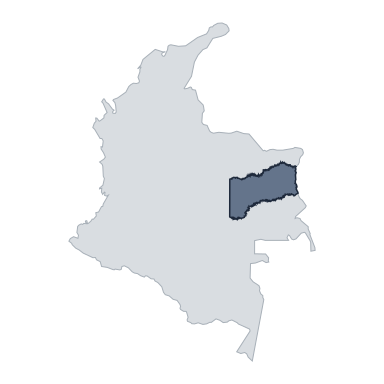 location of Cumaribo, Vichada, Colombia
{"feature_id": "7082276B31805828490385", "entity_name": "Cumaribo", "entity_type": "district", "adm_level": 2, "iso_a3": "COL", "parent_name": "Colombia", "parent_adm1": "Vichada", "projection": "orthographic", "projection_center": [-69.558, 4.15], "detail": "fine", "context": "in_parent", "style": "filled", "palette": "slate", "viewbox_px": 384, "rotation_deg": 0, "n_neighbors": 0, "source": "geoboundaries", "source_scale": "gbopen_adm2", "svg_char_len": 9581}
<svg xmlns="http://www.w3.org/2000/svg" viewBox="0 0 384 384"><path d="M225.5,34.5L221.2,36.3L212.8,38.4L206.9,47.9L202.9,49.6L198.0,55.2L194.4,62.1L191.5,76.3L184.1,88.3L184.7,88.9L187.6,88.3L190.3,87.0L191.3,87.4L192.3,89.6L195.5,90.1L198.1,99.9L203.1,104.9L203.6,106.8L204.2,110.9L202.4,113.3L201.8,122.3L203.4,124.5L207.1,125.4L209.6,131.0L211.1,132.3L213.4,133.2L218.9,132.3L228.8,133.3L231.2,133.1L236.8,131.2L243.8,133.6L249.0,134.0L263.2,150.8L264.6,150.3L266.4,151.3L270.0,149.6L273.1,149.3L277.2,150.2L282.5,150.2L293.3,148.4L294.9,147.4L300.8,148.4L302.5,149.6L303.4,152.8L302.7,154.7L300.7,156.7L299.5,159.2L299.3,162.3L298.3,164.5L296.4,166.0L295.7,168.2L296.1,171.0L295.1,183.7L295.9,184.7L296.6,190.0L299.0,196.7L300.2,198.7L302.4,200.3L306.2,205.9L305.3,207.7L295.6,216.5L295.1,218.5L296.9,217.7L300.0,218.5L301.0,220.6L308.2,226.7L308.2,229.0L310.2,233.6L309.9,234.6L314.9,247.7L315.1,250.4L310.9,251.2L310.7,242.4L310.1,240.7L305.4,232.9L304.4,232.3L301.2,233.2L296.0,238.9L293.5,239.8L291.6,239.0L289.6,235.6L288.3,234.9L287.0,237.8L288.6,240.4L265.4,240.4L260.9,239.3L254.6,240.6L254.6,253.8L265.6,254.0L268.6,257.8L268.3,260.9L268.8,262.0L266.1,262.6L262.3,260.5L255.5,263.0L250.5,263.6L250.1,278.1L253.1,281.8L259.0,285.7L259.9,288.3L259.5,290.8L260.8,293.9L262.8,295.6L262.8,297.5L263.8,299.6L252.3,361.0L248.2,357.2L246.7,353.8L244.7,352.5L240.8,353.5L236.7,351.8L250.1,331.0L249.6,329.1L238.4,324.0L237.2,322.7L231.9,320.0L228.9,320.8L227.3,322.1L223.2,322.6L219.9,320.3L216.0,318.9L211.3,322.4L209.8,322.3L206.5,323.9L202.9,324.4L198.2,322.8L194.5,323.9L191.8,323.7L190.8,322.6L187.5,321.3L187.1,319.9L188.1,317.3L186.6,312.2L186.1,311.4L183.5,311.3L180.5,309.4L180.0,308.3L180.6,306.3L180.0,304.5L177.1,300.4L173.1,299.3L169.2,295.9L165.3,294.7L163.5,292.3L161.8,286.8L157.8,282.5L155.0,281.0L154.0,279.0L151.1,278.8L147.2,276.0L145.5,275.8L144.3,277.1L140.6,275.7L137.5,273.6L134.3,273.0L132.2,271.8L128.4,267.8L124.3,265.8L121.9,266.5L121.2,269.4L119.8,269.9L115.1,269.1L114.3,269.8L113.0,269.6L107.3,267.4L101.6,266.5L100.2,261.6L96.5,259.8L95.4,257.5L92.9,257.7L83.2,253.1L79.2,250.0L75.8,248.2L72.2,244.7L71.7,243.3L68.9,241.2L70.3,238.6L73.6,236.7L77.9,238.3L78.5,235.2L76.9,232.5L77.7,226.4L78.9,225.1L81.2,223.9L82.7,224.4L83.7,223.4L87.2,223.8L88.3,223.4L91.0,221.0L92.2,219.1L93.4,219.3L96.3,216.0L95.8,212.7L98.6,212.0L101.5,206.6L102.7,206.5L103.3,203.9L108.4,195.1L106.6,196.1L104.6,195.4L105.0,192.4L104.4,192.1L102.7,194.4L101.4,192.0L101.8,188.2L99.5,188.9L99.6,188.0L102.9,185.2L104.4,178.6L103.3,176.2L102.8,166.3L102.2,164.4L99.6,162.0L103.8,159.2L105.4,157.1L103.5,152.7L101.1,149.0L101.0,146.7L102.5,147.0L103.2,140.9L101.8,138.5L100.1,138.5L94.7,129.4L92.8,127.5L94.3,123.2L96.0,121.3L95.7,118.0L96.8,118.1L99.2,121.2L100.2,120.7L103.9,117.9L104.1,115.3L107.1,112.5L103.1,103.3L101.7,101.8L103.5,98.9L104.4,99.0L106.0,102.0L108.6,103.9L112.4,109.1L114.1,110.2L112.8,111.4L112.6,112.6L113.1,113.3L115.3,113.4L116.2,112.0L115.7,105.8L114.9,102.6L112.9,100.4L113.5,99.5L117.5,98.0L125.9,92.1L128.8,86.5L131.0,84.5L133.4,83.2L136.4,83.5L138.8,82.8L139.5,81.1L138.0,77.2L139.9,71.9L139.9,69.2L141.0,67.6L140.7,66.9L137.6,68.8L140.8,65.1L143.0,59.4L155.2,49.4L162.9,51.9L165.4,51.7L162.1,53.0L161.6,54.4L162.7,56.0L163.9,56.4L164.9,55.4L167.6,49.6L168.0,46.3L169.2,45.2L170.9,44.8L178.5,46.3L185.7,45.8L197.6,37.5L206.5,33.9L208.7,30.5L209.3,27.9L210.9,26.9L212.6,26.9L213.6,25.5L217.7,23.3L222.1,23.0L226.7,25.0L228.8,28.5L229.1,30.8L225.5,34.5ZM87.3,222.8L86.8,223.2L85.7,222.4L85.4,221.4L86.0,220.6L86.9,220.9L87.3,222.8Z" fill="#d9dde1" stroke="#a8b0b8" stroke-width="1"/><path d="M247.6,176.1L247.4,176.1L247.3,176.7L246.9,176.9L246.9,177.2L246.4,177.1L245.9,177.7L245.7,177.7L245.5,178.0L245.3,177.8L245.0,178.0L245.0,178.4L244.7,178.5L244.6,178.8L244.1,178.8L243.9,178.6L243.1,178.4L242.9,178.9L242.6,178.9L242.7,179.3L242.0,179.6L241.7,179.2L241.4,179.5L241.1,179.2L240.3,179.1L239.1,178.4L237.7,178.3L237.6,177.6L237.3,177.4L236.9,177.6L236.1,177.4L235.4,178.1L234.8,177.5L233.4,177.4L232.6,178.0L232.2,178.0L231.9,178.2L232.0,178.7L231.8,179.1L231.1,178.8L229.8,179.2L229.7,216.7L230.1,217.3L230.7,217.5L231.0,217.3L231.5,217.8L232.2,217.6L232.3,218.1L232.0,218.4L232.3,218.7L232.6,218.7L232.8,218.1L232.5,217.6L232.5,217.3L233.1,217.4L233.3,218.2L233.6,218.6L233.9,218.4L233.6,217.7L233.8,217.5L234.2,217.9L233.9,218.9L234.9,218.2L235.4,218.5L235.3,218.9L235.0,219.1L236.2,219.0L236.9,218.5L236.9,219.4L237.2,219.7L237.7,218.9L238.2,218.8L238.6,218.4L238.6,218.0L238.1,217.5L238.2,217.3L238.7,217.4L238.7,218.2L239.0,218.6L239.3,218.4L239.4,217.7L239.6,217.6L241.3,218.7L241.5,218.2L243.2,217.8L244.3,217.3L244.5,216.9L244.4,216.1L245.0,216.1L245.9,215.7L245.8,214.5L245.4,213.7L246.4,213.6L246.0,213.0L245.2,212.9L245.1,212.6L245.9,212.4L245.7,211.8L246.3,211.4L246.6,210.7L247.4,210.8L247.2,210.2L247.4,210.2L247.7,210.8L248.2,210.7L248.4,210.4L248.0,209.9L248.0,209.6L248.4,209.7L248.6,210.5L249.0,210.3L248.9,209.4L248.4,209.1L248.4,208.6L248.8,208.4L249.2,208.7L249.4,208.4L248.1,207.3L248.9,206.9L249.0,206.2L249.3,206.5L250.0,206.5L251.1,205.9L251.3,206.1L251.3,206.6L251.5,206.8L252.7,206.3L252.8,205.9L252.4,205.5L252.4,205.1L253.3,205.3L253.6,205.7L254.2,205.4L254.4,204.6L253.7,203.9L253.7,203.5L254.2,203.5L254.6,204.4L255.3,204.7L254.7,203.6L254.8,203.2L255.3,203.1L255.3,203.9L255.6,204.0L255.9,203.8L255.9,203.2L256.1,202.9L257.0,203.3L257.4,203.2L257.3,202.8L256.8,202.7L256.9,202.4L257.5,202.6L257.7,203.4L258.4,202.5L259.1,202.8L259.5,202.3L259.9,202.8L260.2,201.9L260.1,201.1L260.3,200.8L260.2,200.6L259.8,200.7L261.6,200.6L261.9,201.1L262.2,200.2L262.7,200.0L263.0,200.1L263.3,200.8L263.6,200.9L264.0,200.4L264.4,200.8L265.7,199.8L266.0,200.2L265.7,201.1L266.0,201.3L266.4,200.5L266.1,199.9L266.2,199.6L266.9,199.8L267.1,200.7L267.4,200.6L267.7,200.1L267.9,200.2L267.8,200.8L268.5,200.7L268.1,201.5L268.8,201.3L269.4,200.6L269.8,201.4L270.1,201.4L270.3,201.0L270.7,201.4L272.0,200.3L273.1,200.5L273.2,200.1L272.9,199.5L273.1,199.3L273.4,199.5L273.4,200.4L273.8,200.5L274.6,200.0L275.2,200.7L275.4,200.5L274.9,199.7L274.9,199.3L275.2,199.2L275.7,199.7L276.0,199.7L276.4,199.4L276.6,198.7L276.9,198.4L277.8,198.8L278.6,198.6L279.0,198.9L279.1,198.6L278.4,198.2L278.5,197.8L278.9,198.0L279.3,198.6L279.9,198.4L280.2,198.6L280.5,198.3L281.0,198.8L281.0,198.5L280.6,198.1L280.6,197.7L280.9,197.7L281.8,198.5L282.0,198.2L281.8,197.6L282.5,197.0L283.2,197.3L283.1,196.4L283.4,196.4L283.8,197.1L284.2,197.1L284.2,196.6L283.5,196.1L283.3,195.7L283.6,195.5L284.4,195.8L285.1,195.6L285.2,195.3L285.0,194.9L285.2,194.2L285.8,194.5L287.4,194.5L288.0,194.9L288.0,194.1L288.6,194.3L289.5,194.0L289.7,194.4L289.5,195.1L289.9,195.2L290.2,194.5L290.6,194.4L290.6,195.3L291.3,193.8L291.5,193.8L291.7,194.5L292.3,194.4L292.9,194.8L293.4,194.7L293.9,195.8L294.7,195.6L296.0,194.3L298.1,193.1L297.5,191.4L296.9,190.7L296.7,189.8L296.2,189.2L296.4,188.4L296.1,187.3L297.0,186.9L296.6,186.0L296.7,185.5L296.2,185.1L296.4,184.5L296.2,184.2L295.0,183.3L295.4,182.7L295.3,180.9L295.8,179.6L295.4,174.8L296.1,172.6L295.7,172.3L295.7,171.9L295.1,170.9L295.7,169.7L295.7,168.5L295.2,168.1L295.2,167.5L295.9,166.7L295.2,166.6L295.1,166.0L293.9,166.3L293.8,166.7L293.5,166.7L293.0,167.5L292.4,166.3L291.7,166.4L290.8,165.7L290.9,166.3L290.3,166.0L290.2,164.8L289.6,164.8L290.0,165.3L289.5,165.4L289.1,164.9L288.0,164.9L288.0,165.1L288.6,165.5L288.3,165.8L287.6,164.8L287.2,164.8L286.9,164.2L286.6,164.2L286.7,165.0L286.3,165.0L286.0,164.7L285.9,164.1L285.4,164.0L285.5,163.4L284.5,163.2L284.3,162.6L283.7,163.1L283.4,162.7L282.7,163.0L282.5,162.2L282.2,162.5L281.6,162.5L281.4,162.9L281.7,163.2L281.6,163.4L281.2,163.4L280.8,162.7L280.8,163.0L280.3,163.3L279.4,163.3L279.2,164.5L278.3,163.8L278.5,164.1L278.1,164.4L278.1,164.8L277.8,164.5L277.7,164.9L277.1,165.1L277.2,165.4L276.9,165.7L276.7,165.4L276.5,165.5L276.2,165.2L275.9,165.5L275.6,165.2L275.3,165.4L275.0,165.2L275.0,165.9L274.6,165.7L274.1,165.7L274.4,165.8L273.8,166.6L273.5,166.5L273.4,166.9L272.9,166.5L272.8,166.9L272.5,167.1L272.2,167.0L271.8,167.5L271.4,167.0L271.0,167.3L270.7,167.4L270.7,167.1L270.4,167.4L270.1,167.3L270.0,167.6L270.6,167.6L270.9,168.0L270.0,168.1L270.0,168.6L269.3,168.5L269.0,168.7L269.6,169.0L268.8,169.3L268.8,169.6L269.0,169.7L268.9,170.2L268.4,170.1L268.1,169.7L267.9,170.1L267.7,169.8L267.0,169.9L266.4,169.8L266.1,170.3L266.0,170.1L265.6,170.4L265.5,170.0L265.0,170.2L265.1,169.8L264.0,170.2L263.8,169.8L263.3,169.9L263.3,170.8L263.6,170.8L263.3,171.5L263.6,171.6L263.3,172.1L263.3,172.8L263.0,172.8L263.1,173.0L262.7,173.3L262.7,173.0L262.5,173.4L262.3,173.6L261.8,173.6L262.0,174.1L261.1,174.2L261.4,174.8L261.1,174.7L260.8,175.1L260.4,175.1L260.4,175.4L260.0,175.2L259.9,175.3L260.0,175.4L259.4,175.3L259.4,175.6L258.7,174.6L258.7,175.3L258.2,175.2L258.1,175.4L258.4,175.4L258.4,175.9L258.0,176.0L258.1,175.8L257.9,175.7L258.0,176.2L257.5,175.6L257.3,175.7L257.5,176.1L257.0,175.8L257.0,176.2L256.5,176.1L256.5,175.9L255.7,176.0L255.4,175.3L255.4,174.8L255.1,174.4L254.9,174.5L254.5,174.3L254.3,174.8L254.2,174.4L253.9,174.5L253.9,174.0L253.5,174.3L253.4,174.2L253.4,174.5L253.2,174.4L253.1,174.8L253.0,174.6L252.7,174.8L252.5,174.5L252.5,174.9L252.2,174.7L252.3,174.9L252.0,174.9L252.0,175.3L251.8,174.9L251.7,175.2L251.2,175.3L250.8,174.9L250.9,175.4L250.7,175.1L250.3,175.1L250.3,175.4L249.9,175.3L249.9,175.8L249.6,175.4L249.6,175.9L249.3,175.7L249.1,176.0L249.0,175.7L248.9,175.9L248.7,175.8L248.4,176.0L248.3,175.7L248.0,176.0L247.9,175.6L247.8,175.9L247.5,175.8L247.6,176.1Z" fill="#64748b" stroke="#1e293b" stroke-width="1.5"/></svg>